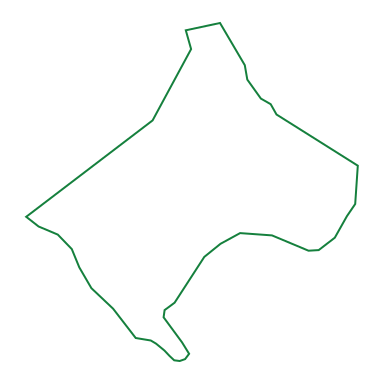 outline of Kanal
{"feature_id": "SVN-1028", "entity_name": "Kanal", "entity_type": "Municipality", "adm_level": 1, "iso_a3": "SVN", "parent_name": "Slovenia", "parent_adm1": "", "projection": "albers", "projection_center": [13.646, 46.088], "detail": "fine", "context": "isolated", "style": "outline", "palette": "green", "viewbox_px": 384, "rotation_deg": 0, "n_neighbors": 0, "source": "natural_earth", "source_scale": "10m", "svg_char_len": 594}
<svg xmlns="http://www.w3.org/2000/svg" viewBox="0 0 384 384"><path d="M26.2,216.8L152.6,120.4L191.1,49.1L185.8,30.3L220.0,23.0L244.8,65.2L247.3,79.6L260.9,98.6L270.7,104.2L276.5,114.5L357.8,165.7L355.2,204.0L346.9,216.2L334.8,237.7L318.7,250.1L308.5,250.7L272.0,235.4L240.1,233.1L220.5,243.8L204.3,256.9L174.6,302.7L164.6,310.1L163.6,317.3L182.0,342.3L189.1,353.8L185.1,359.1L179.7,361.0L174.2,360.3L169.6,356.0L164.4,350.5L156.0,343.6L150.8,340.5L135.7,338.0L113.1,308.7L91.4,288.2L79.3,267.4L71.8,249.1L57.8,234.6L38.6,226.5L26.2,216.8Z" fill="none" stroke="#15803d" stroke-width="2"/></svg>